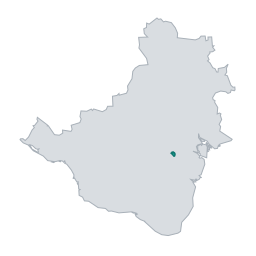 location of Eldorado do Carajás, Pará, Brazil, rotated 88°
{"feature_id": "56859067B11338403057806", "entity_name": "Eldorado do Carajás", "entity_type": "district", "adm_level": 2, "iso_a3": "BRA", "parent_name": "Brazil", "parent_adm1": "Pará", "projection": "orthographic", "projection_center": [-49.273, -6.12], "detail": "fine", "context": "in_parent", "style": "filled", "palette": "teal", "viewbox_px": 256, "rotation_deg": 88, "n_neighbors": 0, "source": "geoboundaries", "source_scale": "gbopen_adm2", "svg_char_len": 4181}
<svg xmlns="http://www.w3.org/2000/svg" viewBox="0 0 256 256"><g transform="rotate(88 128 128)"><path d="M56.0,43.4L58.9,45.9L62.6,44.6L63.7,46.2L65.8,43.8L70.7,41.2L71.8,38.9L75.1,37.5L75.3,36.1L71.7,35.7L70.8,29.5L67.7,25.7L71.9,27.6L75.7,27.4L78.4,29.3L79.2,26.9L88.8,23.7L90.9,21.7L90.8,19.8L93.7,19.7L94.5,20.5L93.6,23.6L96.1,24.4L96.9,27.0L95.2,29.0L94.3,34.1L96.1,39.4L100.7,42.4L102.7,41.9L103.6,40.1L105.4,40.5L110.6,37.6L117.1,38.4L116.2,36.1L117.2,34.6L118.5,35.3L122.8,34.1L127.6,36.8L129.7,35.4L134.3,36.4L142.9,24.3L144.3,25.5L147.2,36.6L148.6,38.3L151.5,39.3L151.8,42.1L146.9,47.5L143.9,49.3L139.9,56.6L136.0,57.7L140.1,57.9L146.1,54.1L147.3,58.8L149.0,60.3L155.2,58.6L153.4,63.9L155.8,59.7L158.7,57.2L160.1,58.0L160.7,57.2L160.2,55.3L162.1,53.0L166.9,52.5L177.3,56.6L178.0,58.6L179.5,57.2L181.9,58.8L182.6,60.6L181.3,61.8L181.8,62.4L183.1,61.3L183.5,62.4L182.3,63.6L181.5,67.2L183.1,65.7L184.3,63.0L184.5,65.0L189.2,62.5L200.0,65.8L208.6,65.6L216.9,70.6L224.1,77.6L233.1,79.1L234.8,81.7L236.9,91.6L235.8,98.0L232.1,104.4L222.0,114.8L222.0,114.0L220.0,118.8L216.8,122.9L215.3,123.5L214.4,121.6L213.4,122.6L211.9,127.1L212.5,140.0L210.4,147.4L210.5,150.4L207.6,153.4L206.5,160.7L199.8,169.9L199.3,174.1L195.5,175.8L193.6,179.2L188.7,179.3L187.8,178.0L187.3,179.4L179.9,179.7L180.2,180.9L175.4,183.8L172.8,183.7L168.0,186.1L162.1,190.4L161.0,192.5L160.0,191.7L159.6,192.6L158.2,192.2L160.0,193.4L158.6,194.8L158.1,197.1L159.1,202.1L157.8,209.4L153.1,213.6L147.4,223.5L142.0,228.0L141.8,226.5L145.7,224.6L149.0,219.2L149.0,218.3L146.8,218.9L145.4,217.1L146.1,218.8L145.5,220.9L142.2,224.2L141.2,226.8L141.6,228.2L139.2,233.2L135.9,236.3L135.1,235.9L135.0,233.4L136.9,231.2L133.6,227.7L126.5,223.8L124.3,221.6L122.4,222.8L122.1,221.2L118.0,217.7L116.2,218.7L114.2,218.2L122.1,208.5L123.1,208.6L122.9,207.6L132.1,201.7L132.8,196.9L130.9,193.4L127.8,193.5L129.4,185.1L127.4,183.9L123.3,184.7L120.9,175.9L117.4,174.5L114.9,175.6L109.3,174.4L109.8,168.6L107.8,164.0L109.3,162.9L107.8,161.7L110.8,153.0L108.8,149.1L105.6,147.6L105.7,142.3L95.7,142.4L95.1,137.9L93.2,135.8L94.9,135.7L93.2,128.3L90.0,126.7L86.1,127.0L78.9,122.3L71.5,121.2L68.3,118.6L65.9,114.5L65.4,105.8L59.1,107.0L48.5,114.3L45.3,113.6L37.8,114.2L37.8,105.2L34.3,108.4L29.4,108.8L28.2,106.0L23.8,105.7L24.9,103.2L19.1,95.2L20.5,93.7L20.1,91.4L23.2,88.8L22.6,86.7L24.2,81.0L29.6,77.2L35.1,75.1L39.5,75.6L42.3,57.7L41.0,53.8L38.7,51.8L38.8,47.7L43.6,47.1L42.8,44.9L39.9,44.9L39.9,41.2L49.0,40.8L48.9,39.3L50.3,40.6L53.2,38.4L54.7,40.7L54.9,43.7L56.0,43.4ZM149.8,49.4L160.5,50.4L158.0,56.7L156.0,56.8L155.7,57.9L154.1,57.4L152.4,59.0L148.4,59.0L146.9,55.8L148.0,55.1L146.7,53.9L147.6,50.3L149.8,49.4ZM140.8,57.0L142.4,52.5L144.1,51.9L143.9,54.6L140.8,57.0ZM152.8,47.2L151.7,48.9L149.3,48.5L149.7,47.4L152.8,47.2ZM149.1,45.4L148.7,48.8L147.7,48.4L149.1,45.4ZM154.5,49.4L152.9,49.6L152.2,49.3L154.1,48.3L154.5,49.4ZM147.5,49.5L146.0,50.6L145.3,50.1L146.4,49.0L147.5,49.5ZM150.4,46.5L149.6,45.8L150.9,45.1L151.0,45.8L150.4,46.5ZM149.6,37.7L148.7,37.9L148.5,36.6L149.3,36.6L149.6,37.7ZM159.4,205.1L159.2,204.1L159.8,203.1L160.0,203.4L159.4,205.1ZM176.3,183.3L176.5,184.5L175.5,184.3L176.3,183.3ZM159.0,197.8L158.6,197.2L159.2,196.5L159.4,196.8L159.0,197.8ZM182.9,64.9L182.2,66.2L182.9,64.4L182.9,64.9ZM214.8,123.7L213.7,124.1L214.4,123.1L214.8,123.7ZM182.5,180.2L181.5,180.6L181.3,180.3L182.0,179.8L182.5,180.2ZM213.0,126.0L212.6,126.7L212.4,126.3L213.0,126.0ZM180.1,56.1L180.1,56.8L179.8,56.7L180.1,56.1Z" fill="#d9dde1" stroke="#a8b0b8" stroke-width="1"/><path d="M154.7,85.7L155.2,85.2L155.3,85.1L155.7,84.8L155.8,84.6L156.3,84.3L156.4,84.2L156.5,84.1L157.0,83.6L157.2,83.4L157.3,83.4L157.6,83.1L157.8,83.0L157.8,82.9L157.7,82.8L157.7,82.7L157.5,82.4L157.4,82.4L157.2,82.3L157.1,82.2L156.9,82.2L156.7,82.2L156.0,82.0L155.9,82.0L155.7,81.9L155.6,82.0L155.4,82.1L155.2,82.2L155.1,82.3L154.9,82.3L154.7,82.4L154.7,82.5L154.4,82.5L154.3,83.1L154.3,83.3L154.3,83.5L154.2,83.5L154.3,83.6L154.1,83.9L153.8,84.3L153.8,84.5L153.7,84.6L153.8,84.7L153.8,84.8L153.8,84.7L153.9,84.8L154.0,84.8L154.0,85.0L154.3,85.0L154.5,85.0L154.6,85.3L154.6,85.5L154.7,85.7Z" fill="#14b8a6" stroke="#0f766e" stroke-width="1.5"/></g></svg>